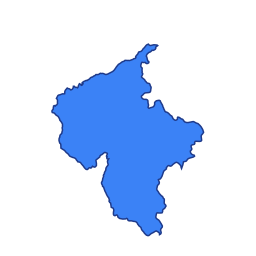 outline of Almenara, Minas Gerais, Brazil, rotated 207°
{"feature_id": "56859067B83482987802169", "entity_name": "Almenara", "entity_type": "district", "adm_level": 2, "iso_a3": "BRA", "parent_name": "Brazil", "parent_adm1": "Minas Gerais", "projection": "albers", "projection_center": [-40.737, -16.13], "detail": "fine", "context": "isolated", "style": "filled", "palette": "blue", "viewbox_px": 256, "rotation_deg": 207, "n_neighbors": 0, "source": "geoboundaries", "source_scale": "gbopen_adm2", "svg_char_len": 5791}
<svg xmlns="http://www.w3.org/2000/svg" viewBox="0 0 256 256"><g transform="rotate(207 128 128)"><path d="M124.1,64.4L123.0,64.3L119.9,61.3L118.3,60.2L116.9,59.0L114.7,57.5L113.7,57.2L111.6,55.1L111.8,54.3L110.5,53.4L109.4,53.2L106.9,49.7L105.8,49.8L104.8,49.8L104.2,49.3L103.5,48.6L103.1,47.7L102.8,46.5L101.9,44.6L100.9,43.8L99.8,43.9L99.2,44.8L98.5,45.5L97.3,45.0L96.6,44.1L95.5,43.8L94.4,43.6L91.3,44.5L88.9,45.9L88.1,46.9L87.2,46.8L86.6,46.1L85.8,45.7L84.8,45.8L82.7,46.9L80.5,47.4L79.3,47.9L78.2,48.0L77.4,47.8L76.6,47.5L75.7,46.7L74.8,46.4L74.2,45.9L71.4,45.3L69.9,43.8L68.9,43.2L66.7,42.4L65.6,41.7L63.0,40.9L62.2,41.0L61.4,41.1L60.6,41.7L59.4,44.5L57.9,46.5L56.9,48.2L56.1,49.1L54.9,49.1L52.9,48.9L52.1,48.3L51.5,47.3L50.8,48.4L50.8,49.6L51.3,50.3L52.6,51.8L52.9,53.0L52.5,55.2L52.9,56.3L54.7,57.6L55.9,58.3L57.5,59.3L58.8,59.9L60.7,60.1L61.8,60.4L62.8,61.2L63.7,64.3L63.7,65.3L63.1,65.9L62.1,66.2L60.1,67.2L59.1,68.0L59.2,69.2L59.7,70.2L59.8,71.2L59.5,72.0L58.9,72.8L58.7,75.7L59.4,76.4L60.6,76.8L61.3,77.2L61.8,77.8L63.0,80.5L63.7,81.3L64.5,81.4L66.2,82.7L67.3,82.7L70.5,83.9L72.2,85.0L73.9,85.8L74.7,86.7L75.0,87.6L75.3,89.1L75.6,89.9L75.4,91.0L75.0,92.2L75.2,93.4L75.9,94.3L77.5,95.7L76.9,96.6L76.2,97.1L75.9,98.2L75.8,100.5L76.5,105.2L76.4,106.3L75.2,109.0L75.8,110.0L75.4,111.9L75.0,112.8L74.2,113.2L73.4,113.1L72.7,113.4L72.1,114.0L71.8,114.7L71.6,115.6L70.8,117.3L70.0,118.7L69.4,119.4L68.1,119.6L66.8,119.4L64.6,118.7L63.7,118.2L62.8,117.0L61.9,116.2L62.4,120.0L63.2,123.0L62.6,123.6L61.7,124.3L61.0,125.1L60.7,127.3L60.1,128.4L59.3,129.3L56.7,131.7L56.3,132.3L55.9,133.1L56.6,133.8L57.6,133.6L58.8,133.5L60.0,133.8L60.8,134.2L61.4,134.9L62.0,135.7L61.5,137.5L61.6,138.3L63.3,140.0L63.7,141.1L63.1,142.2L62.2,142.9L61.5,143.6L61.4,144.4L62.1,145.4L62.0,146.6L61.1,147.2L58.4,148.4L57.6,148.9L56.9,149.6L56.8,150.5L59.1,153.9L59.3,155.0L58.8,157.1L58.7,158.5L60.8,160.6L63.3,162.2L64.9,162.9L67.6,163.7L69.5,163.4L72.4,163.5L73.3,163.0L76.7,160.3L78.2,159.5L80.0,159.2L80.9,159.4L82.6,160.3L83.4,160.6L84.6,160.3L86.8,160.7L88.5,160.4L88.6,159.4L88.0,158.5L88.1,157.8L88.5,157.1L89.3,156.4L90.4,156.3L92.2,156.8L93.0,157.5L94.4,158.5L95.9,158.6L98.5,159.5L99.6,159.7L100.8,159.7L101.9,159.4L102.8,159.7L103.3,160.3L104.2,160.8L105.8,162.3L106.7,162.9L107.5,163.9L111.0,166.2L111.5,166.8L112.5,166.9L113.5,166.4L115.0,165.2L115.6,164.1L115.8,162.7L114.9,161.0L114.8,159.7L115.0,158.6L115.7,157.6L117.3,156.2L118.0,155.2L118.8,155.1L119.6,155.6L119.8,156.8L120.1,157.8L121.4,159.2L122.7,161.4L123.4,161.8L124.7,161.8L126.8,160.8L127.8,160.7L128.7,160.9L129.5,161.2L130.2,161.8L130.5,162.6L129.7,164.5L129.6,165.3L129.2,166.2L128.7,167.0L128.0,167.5L125.6,169.0L124.7,169.8L124.6,171.1L125.3,173.0L125.6,174.1L126.0,174.9L127.6,176.0L128.3,176.9L129.1,177.3L131.2,176.8L132.1,177.0L133.0,177.5L134.1,177.8L135.1,178.6L138.5,179.3L139.2,179.7L139.3,180.6L139.3,182.5L139.7,183.3L140.6,183.6L140.9,184.6L141.9,186.1L142.2,187.1L142.7,187.9L143.8,188.2L144.6,188.8L145.1,189.8L145.3,190.8L145.5,192.0L145.4,192.9L143.6,193.5L142.9,194.0L142.2,194.3L141.4,193.8L140.6,193.9L139.7,194.5L139.1,195.7L139.7,196.7L140.9,196.8L142.2,198.2L143.4,199.7L144.4,200.4L144.6,202.2L143.8,204.6L142.6,206.0L142.2,206.9L141.9,208.2L140.9,208.5L140.1,209.4L139.5,210.4L139.4,211.5L140.0,212.5L139.7,213.4L138.9,214.9L139.7,215.1L142.1,214.2L142.9,213.8L145.2,211.8L146.1,211.5L147.0,211.6L147.9,212.0L148.6,211.2L149.1,210.5L149.4,209.6L150.0,206.6L150.4,205.9L150.7,203.3L151.2,202.2L153.0,200.5L152.9,198.7L153.0,197.8L153.4,196.7L153.6,195.1L152.9,194.2L153.2,193.2L154.2,192.5L154.7,191.5L157.2,188.8L158.1,188.5L158.7,188.1L159.7,187.7L161.4,186.9L161.8,185.8L163.3,184.2L164.4,181.9L165.4,180.4L166.1,177.1L166.2,175.9L166.6,173.2L167.3,171.4L170.6,166.8L172.0,165.6L173.3,165.4L174.4,165.4L175.7,165.0L176.6,164.4L177.5,164.2L178.5,162.4L179.8,161.5L180.8,161.1L181.3,159.6L182.1,158.8L182.8,157.3L183.7,156.6L184.3,155.5L184.5,154.4L185.0,153.5L185.6,152.6L186.0,151.7L186.8,151.5L187.8,150.2L188.4,149.5L189.0,148.5L189.3,147.5L188.3,147.3L188.2,146.5L188.9,146.1L188.4,145.4L189.0,144.8L190.2,145.4L191.4,145.4L191.4,143.2L191.1,142.2L191.2,140.9L192.5,140.8L193.5,140.2L194.7,140.8L195.6,140.4L195.2,139.3L195.1,138.3L195.2,137.4L195.7,136.5L196.4,135.9L197.4,136.3L198.5,136.2L199.5,135.9L200.3,136.0L201.0,133.1L200.8,131.6L200.0,129.8L200.8,129.2L201.9,128.7L203.6,126.8L204.9,125.7L205.2,124.9L205.2,121.8L204.0,121.4L203.4,120.7L202.4,118.6L201.9,117.9L201.9,117.1L202.0,116.2L202.6,115.5L202.8,114.5L203.9,114.5L204.3,113.7L203.9,112.8L203.7,111.8L203.2,111.0L203.6,109.1L203.2,108.1L202.5,107.4L201.4,107.7L200.2,107.8L198.2,106.9L195.5,106.6L193.2,105.1L192.4,104.1L190.2,103.1L188.2,101.8L186.9,99.3L186.8,98.3L185.6,96.7L185.2,95.8L185.0,94.3L184.6,93.5L184.7,92.5L185.2,91.6L185.2,90.4L184.6,88.5L184.7,87.7L184.3,86.6L183.7,85.4L182.0,83.6L180.9,83.3L180.2,82.5L178.6,79.6L174.5,79.2L173.6,78.9L172.8,78.5L171.8,78.1L170.0,77.8L169.0,77.4L167.2,76.5L166.0,76.5L163.7,76.7L162.5,77.0L161.3,77.0L160.3,76.7L159.3,76.0L158.2,75.7L157.6,75.1L155.1,75.7L154.1,75.4L153.0,74.8L150.5,73.8L148.9,72.9L147.0,72.2L146.2,72.2L145.2,72.7L144.7,74.6L144.0,75.3L143.0,75.4L142.5,76.0L142.3,77.8L140.4,77.8L139.7,78.2L139.3,79.1L139.1,80.2L140.1,82.2L141.2,83.7L141.8,84.3L141.9,85.2L141.0,87.1L140.0,89.4L140.3,90.6L139.9,91.6L139.3,92.2L138.0,95.1L137.5,95.8L135.7,96.0L134.9,96.0L134.5,95.2L134.6,94.0L134.4,93.1L133.5,92.9L133.5,92.0L132.8,91.1L131.9,91.2L131.2,91.7L131.2,90.9L131.4,89.8L131.0,88.6L129.8,87.2L129.1,86.5L129.0,85.7L129.4,83.4L129.4,82.2L128.7,80.3L128.7,79.2L128.8,77.8L128.3,76.5L128.5,75.4L128.4,74.6L127.8,73.8L127.5,71.3L127.1,70.2L126.8,69.0L126.9,67.9L126.7,67.0L126.0,66.2L124.8,65.4L124.1,64.4Z" fill="#3b82f6" stroke="#1e3a8a" stroke-width="1.5"/></g></svg>